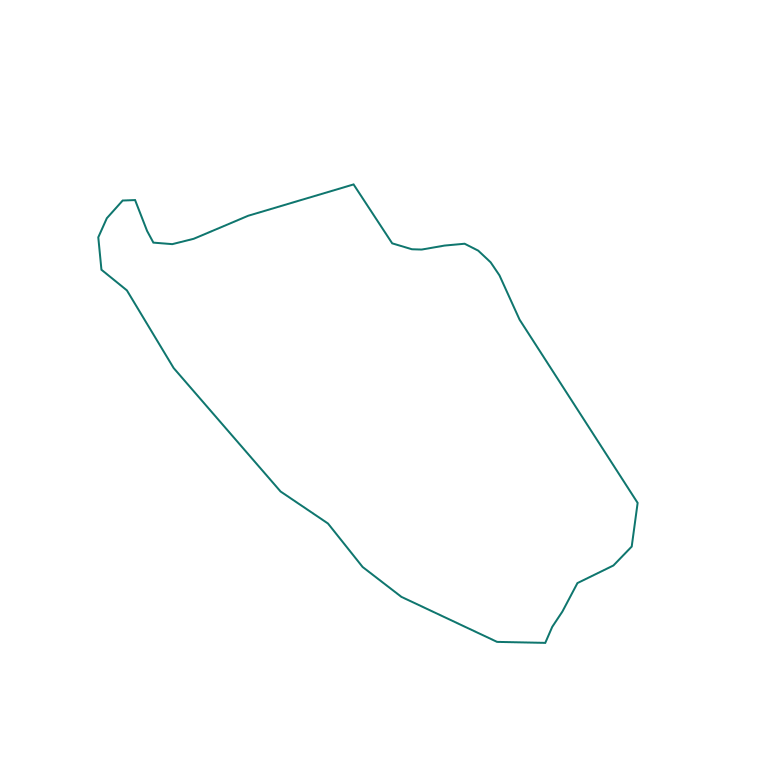 the border of Preddvor, rotated 53°
{"feature_id": "SVN-215", "entity_name": "Preddvor", "entity_type": "Municipality", "adm_level": 1, "iso_a3": "SVN", "parent_name": "Slovenia", "parent_adm1": "", "projection": "robinson", "projection_center": [14.451, 46.328], "detail": "fine", "context": "isolated", "style": "outline", "palette": "teal", "viewbox_px": 768, "rotation_deg": 53, "n_neighbors": 0, "source": "natural_earth", "source_scale": "10m", "svg_char_len": 581}
<svg xmlns="http://www.w3.org/2000/svg" viewBox="0 0 768 768"><g transform="rotate(53 384 384)"><path d="M407.6,531.3L244.7,542.4L154.5,533.0L122.7,540.9L94.9,523.9L84.8,505.6L80.2,482.3L87.3,472.1L119.2,481.1L132.3,483.1L144.9,468.9L153.5,448.6L167.9,391.2L206.3,288.2L276.6,292.8L293.2,280.6L299.3,273.0L309.9,252.3L320.5,235.2L334.2,228.5L351.0,225.6L366.7,226.4L414.2,237.0L631.6,253.0L662.9,284.0L667.0,310.0L659.4,349.3L673.1,378.5L679.2,395.8L687.8,411.0L658.0,448.9L564.5,498.2L517.3,511.2L461.7,512.7L407.6,531.3Z" fill="none" stroke="#0f766e" stroke-width="2"/></g></svg>